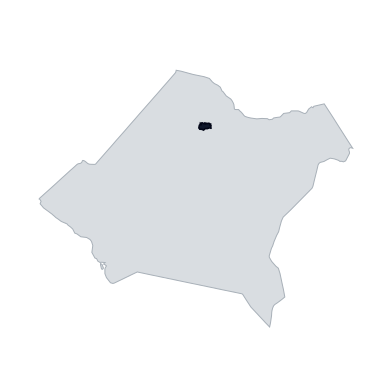 Keiyo South, Rift Valley, Kenya (highlighted), rotated 102°
{"feature_id": "3690345B51361114330680", "entity_name": "Keiyo South", "entity_type": "district", "adm_level": 2, "iso_a3": "KEN", "parent_name": "Kenya", "parent_adm1": "Rift Valley", "projection": "mercator", "projection_center": [35.567, 0.379], "detail": "fine", "context": "in_parent", "style": "filled", "palette": "ink", "viewbox_px": 384, "rotation_deg": 102, "n_neighbors": 0, "source": "geoboundaries", "source_scale": "gbopen_adm2", "svg_char_len": 5132}
<svg xmlns="http://www.w3.org/2000/svg" viewBox="0 0 384 384"><g transform="rotate(102 192 192)"><path d="M76.2,232.8L76.1,227.8L76.8,215.2L76.7,204.2L77.3,198.6L80.0,195.1L81.3,192.6L82.2,189.0L83.6,186.1L86.9,183.7L87.5,182.4L90.9,178.5L93.0,173.4L94.5,171.7L96.4,170.1L97.8,169.2L100.1,168.4L101.8,167.9L102.2,167.5L102.3,166.7L101.7,163.5L102.5,162.5L103.7,160.4L105.1,158.5L106.3,157.2L107.0,155.9L107.3,153.7L107.4,152.1L107.4,149.6L107.0,143.8L105.5,138.9L104.6,133.4L105.3,131.6L104.1,128.4L103.6,128.2L102.6,127.5L101.4,124.5L100.5,121.8L100.0,121.1L96.1,118.7L94.1,113.0L92.0,111.7L90.8,106.1L90.6,104.5L91.8,98.9L91.7,97.6L90.4,96.4L86.7,95.2L83.8,92.8L84.1,92.0L84.4,91.2L82.8,90.6L78.3,81.0L84.1,75.2L90.0,69.3L97.6,61.9L104.5,55.1L110.5,49.2L115.8,43.9L115.7,44.9L115.7,46.2L116.4,47.1L117.5,47.6L119.0,47.0L120.3,46.2L121.6,46.0L129.6,48.2L131.0,50.1L130.9,52.2L131.3,53.7L130.6,55.2L130.0,59.7L130.2,63.9L132.6,66.9L134.7,69.3L136.4,72.7L137.7,73.8L139.4,74.3L144.9,74.4L153.1,74.7L161.0,74.9L161.7,75.0L163.4,75.4L170.6,80.0L177.2,84.2L182.8,87.8L188.3,91.3L193.5,94.8L197.6,97.6L201.7,98.5L208.3,98.9L212.8,99.0L217.0,100.2L223.2,101.4L227.9,101.9L230.7,102.6L238.5,103.2L239.8,102.8L243.3,99.7L247.1,94.6L248.6,91.7L253.6,88.9L262.4,85.0L268.6,82.2L275.4,79.4L278.6,81.9L282.9,85.7L284.8,87.6L286.3,88.5L288.7,89.0L291.5,89.1L293.1,89.0L296.3,88.5L303.7,88.0L307.9,88.0L304.4,93.2L300.1,99.3L292.2,110.6L286.2,116.6L281.6,121.1L281.2,121.9L281.2,126.9L281.3,139.1L281.4,163.6L281.5,188.1L281.6,212.6L281.6,224.8L281.6,228.9L285.6,234.1L289.5,239.1L294.7,245.8L297.4,249.3L297.9,250.5L297.7,252.9L293.5,257.9L290.0,260.2L285.4,261.2L284.0,261.0L282.1,260.3L281.4,261.5L280.9,263.4L279.8,263.0L279.1,262.4L279.5,265.8L280.0,267.4L279.3,269.6L277.0,271.5L276.8,273.2L271.9,277.4L265.0,277.9L261.3,280.0L259.7,281.8L258.4,285.6L258.9,291.4L256.9,295.9L256.6,298.1L253.0,301.0L251.4,303.7L250.2,306.4L249.2,307.6L248.0,313.7L246.3,317.4L245.8,318.6L245.4,319.7L244.1,321.9L243.3,323.4L242.7,324.4L238.4,333.9L235.1,338.1L232.5,337.7L230.8,339.3L230.6,340.1L229.7,339.7L227.5,338.1L223.1,334.9L218.6,331.6L214.2,328.4L209.7,325.2L205.2,322.0L200.8,318.8L196.3,315.6L191.9,312.3L189.2,310.4L188.1,309.3L187.2,307.1L186.7,306.6L185.6,305.9L184.2,305.7L183.8,305.3L183.8,304.2L184.3,302.7L185.9,299.7L186.1,298.0L185.8,296.0L185.2,292.9L184.8,292.1L181.8,290.5L175.6,287.0L169.5,283.6L163.3,280.1L157.1,276.7L150.9,273.2L144.7,269.7L138.5,266.3L132.3,262.8L126.1,259.4L119.9,255.9L113.7,252.4L107.6,249.0L101.4,245.5L95.2,242.1L89.0,238.6L82.8,235.2L80.5,233.9L78.4,232.8L76.2,232.8ZM282.1,266.4L281.0,266.6L281.6,264.9L284.8,262.8L286.1,263.3L286.3,263.8L286.2,264.2L285.7,264.7L282.1,266.4Z" fill="#d9dde1" stroke="#a8b0b8" stroke-width="1"/><path d="M125.1,198.7L125.3,198.7L125.8,198.7L126.0,198.7L126.5,198.7L126.8,198.7L127.1,198.7L127.3,198.7L127.5,198.7L127.8,198.6L128.0,198.5L128.2,198.4L128.1,198.2L128.3,198.1L128.4,197.9L128.5,197.8L128.6,197.7L128.8,197.6L129.0,197.5L129.0,197.4L129.0,197.2L128.9,197.0L128.9,196.9L128.9,196.7L128.8,196.4L128.7,196.3L128.7,196.2L128.6,195.9L128.7,195.7L128.8,195.4L128.8,195.2L128.7,195.1L128.8,195.0L128.8,194.9L128.7,194.8L128.7,194.7L128.8,194.4L128.8,194.2L128.9,193.8L129.0,193.8L129.0,193.7L128.9,193.7L129.0,193.5L128.9,193.4L128.7,193.3L128.6,193.2L128.4,193.0L128.3,192.9L128.2,192.9L128.3,193.0L128.2,193.0L128.1,192.9L127.9,192.8L127.7,192.8L127.6,192.7L127.4,192.6L127.4,192.4L127.2,192.4L127.1,192.2L127.1,191.9L127.2,191.7L127.1,191.4L127.0,191.2L127.0,190.9L127.0,190.7L126.9,190.6L126.8,190.4L126.8,190.2L126.7,190.2L126.6,189.8L126.4,189.7L126.4,189.4L126.3,189.2L126.2,189.0L126.0,188.9L125.9,188.9L125.8,188.7L125.8,188.4L125.7,188.3L125.6,188.2L125.6,187.9L125.5,187.7L125.6,187.4L125.6,187.2L125.8,187.0L125.8,186.9L125.8,186.7L125.7,186.6L125.4,186.7L125.3,186.8L125.2,186.8L124.9,187.0L124.7,187.0L124.4,187.1L124.2,187.1L124.1,187.3L123.9,187.3L123.7,187.2L123.4,187.2L123.4,187.3L123.2,187.3L123.2,187.5L122.9,187.8L122.8,188.0L122.7,188.1L122.8,188.2L122.8,188.3L122.7,188.4L122.4,188.4L122.3,188.5L122.2,188.5L122.1,188.4L121.9,188.1L121.7,187.9L121.6,188.3L121.5,188.7L121.5,188.9L121.5,189.1L121.4,189.3L121.5,189.3L121.4,189.3L121.4,189.5L121.4,189.8L121.4,190.4L121.5,190.4L121.6,190.5L121.8,190.8L121.8,191.1L121.8,191.3L122.0,191.4L122.0,191.5L122.0,191.8L122.1,192.0L121.9,192.2L121.9,192.3L122.0,192.4L122.1,192.5L121.9,192.5L121.7,192.7L121.6,192.8L121.7,193.0L121.8,193.1L122.0,193.2L122.0,193.3L122.0,193.5L122.2,193.4L122.2,193.5L122.3,193.6L122.5,193.7L122.5,193.8L122.6,194.0L122.8,194.2L122.9,194.3L122.8,194.5L122.7,194.5L122.4,194.5L122.5,194.6L122.5,194.8L122.6,195.0L122.5,195.3L122.5,195.5L122.4,195.7L122.3,196.0L122.3,196.3L122.2,196.3L122.2,196.5L122.3,196.6L122.3,196.8L122.5,197.0L122.8,197.0L123.0,197.0L123.3,197.0L123.5,197.0L123.4,197.2L123.3,197.5L123.2,197.6L123.1,197.9L123.0,198.0L122.9,198.2L123.1,198.2L123.3,198.2L123.6,198.1L123.9,198.1L124.1,198.1L124.4,198.0L124.5,197.9L124.5,198.0L124.7,198.3L124.8,198.4L124.8,198.5L125.0,198.6L125.1,198.7Z" fill="#0f172a" stroke="#020617" stroke-width="1.5"/></g></svg>